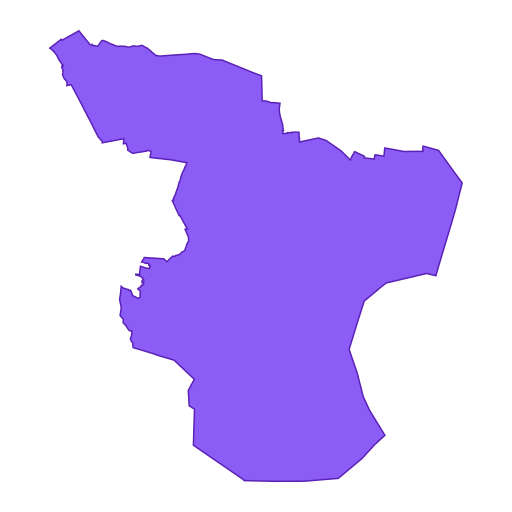 Raalte, Overijssel, Netherlands (orthographic projection)
{"feature_id": "6326949B71702819587140", "entity_name": "Raalte", "entity_type": "district", "adm_level": 2, "iso_a3": "NLD", "parent_name": "Netherlands", "parent_adm1": "Overijssel", "projection": "orthographic", "projection_center": [6.247, 52.387], "detail": "fine", "context": "isolated", "style": "filled", "palette": "violet", "viewbox_px": 512, "rotation_deg": 0, "n_neighbors": 0, "source": "geoboundaries", "source_scale": "gbopen_adm2", "svg_char_len": 5713}
<svg xmlns="http://www.w3.org/2000/svg" viewBox="0 0 512 512"><path d="M78.8,30.7L78.4,31.1L69.2,36.2L62.1,40.2L61.2,39.3L49.8,48.1L51.1,49.0L52.3,50.1L53.6,51.4L55.1,53.1L56.3,54.7L56.9,55.6L57.6,56.9L58.6,59.2L59.2,60.2L61.1,62.7L61.7,63.6L62.0,64.4L62.5,64.9L63.0,65.0L62.9,65.1L62.8,65.7L62.8,66.2L62.0,66.2L62.0,66.4L61.7,66.5L61.7,67.1L61.7,67.4L62.7,69.1L62.9,69.9L62.8,71.3L63.1,72.2L63.1,72.6L63.0,73.0L62.6,73.9L62.5,74.4L62.5,74.6L64.2,78.6L64.7,79.3L65.2,79.7L65.7,80.2L66.2,80.9L66.9,82.2L67.0,82.7L67.1,83.8L67.0,84.6L66.8,85.6L71.2,84.7L78.4,98.2L84.9,110.9L87.7,116.3L89.0,118.6L92.1,124.8L94.3,129.3L98.0,136.5L98.4,137.1L102.2,141.4L102.4,141.8L102.3,142.8L119.6,139.5L123.8,138.8L123.4,143.8L126.2,143.3L126.5,144.6L127.7,147.8L127.8,148.3L127.8,149.1L127.7,150.1L132.5,153.3L132.8,153.3L133.5,153.2L134.7,153.0L135.7,152.8L137.4,152.5L138.2,152.3L139.8,152.2L146.8,151.0L147.3,150.7L147.5,150.4L148.0,150.4L149.3,150.8L150.0,150.8L150.3,151.1L151.1,151.5L150.0,157.4L153.6,157.9L170.9,159.8L186.8,162.7L186.7,163.1L186.1,165.2L185.9,165.7L185.2,166.4L184.8,167.7L184.5,168.3L184.3,168.9L183.5,170.6L183.1,171.2L182.5,172.5L181.7,174.7L181.0,176.8L180.6,178.1L180.5,179.1L179.6,181.8L179.4,181.8L178.9,182.7L178.9,182.9L178.9,183.2L177.7,187.9L177.0,189.6L176.1,192.1L176.1,192.4L175.1,194.9L174.9,195.5L174.6,196.0L174.2,196.7L173.3,198.9L173.7,199.9L173.2,200.4L173.0,200.8L172.0,200.0L174.5,205.4L176.2,209.3L178.3,213.7L179.0,215.3L179.2,215.7L180.1,215.8L187.3,229.0L185.8,229.1L185.1,229.3L186.5,232.6L188.3,236.8L188.4,237.1L188.7,240.9L187.9,242.1L186.7,244.5L186.5,244.9L186.1,247.1L185.6,247.9L185.2,248.8L185.2,249.5L185.1,249.9L184.9,250.2L183.8,251.3L182.9,251.6L181.8,252.2L181.0,253.0L179.7,254.3L179.3,254.6L176.9,255.3L175.8,255.4L175.3,255.8L175.1,256.3L172.5,256.2L171.6,257.1L169.2,259.4L167.8,260.9L167.0,261.7L165.9,260.8L163.8,258.8L144.2,257.5L144.0,258.3L143.6,259.1L142.8,260.0L142.4,260.8L141.7,261.7L141.6,261.9L141.9,262.0L142.0,262.1L142.4,262.1L143.0,262.2L146.0,263.5L147.6,263.2L148.2,263.2L149.0,264.1L148.8,265.2L149.8,265.3L149.7,266.5L150.2,266.9L149.8,267.3L149.5,267.7L149.4,268.1L149.4,268.5L148.1,268.4L146.2,268.1L145.1,267.8L143.3,267.2L142.0,266.7L140.4,266.3L139.5,274.6L138.6,274.4L135.8,274.2L135.7,274.9L137.3,275.3L140.7,276.4L140.9,276.6L141.7,277.5L142.2,277.9L142.7,278.1L142.8,278.2L143.0,278.4L143.7,279.8L142.8,280.0L142.3,280.3L141.9,281.4L142.0,282.0L142.1,282.8L142.5,282.7L143.7,282.2L143.2,284.4L143.2,284.8L143.1,285.0L141.8,285.1L141.0,285.9L141.0,286.8L140.4,287.2L139.6,287.4L137.8,288.8L138.0,289.3L139.1,290.0L140.2,290.6L140.0,297.6L138.1,298.3L132.7,295.6L132.5,295.1L131.0,291.0L130.7,290.4L130.3,290.2L129.1,290.5L128.9,290.4L128.6,289.6L127.8,289.5L126.6,289.1L122.9,287.9L121.2,286.3L120.7,291.5L120.4,294.6L119.6,298.8L119.7,299.7L119.9,301.0L121.2,307.2L121.2,307.7L120.3,314.2L120.1,315.2L120.1,315.7L120.4,316.1L122.7,318.5L123.4,319.4L123.1,322.4L123.1,322.6L123.6,323.1L124.0,323.4L124.4,324.2L125.2,324.7L128.2,329.2L129.4,330.7L129.6,330.8L129.9,330.9L131.8,330.7L131.8,331.8L131.7,334.7L130.6,338.2L130.5,338.5L130.4,338.7L130.4,338.9L131.2,340.9L131.7,341.7L133.0,343.5L132.8,345.2L133.0,347.3L133.0,347.5L132.8,347.6L133.1,347.6L150.1,352.7L153.8,353.9L156.3,354.8L161.3,356.4L167.9,358.3L174.1,360.2L194.3,379.3L190.9,385.6L188.3,390.4L188.8,399.2L189.2,405.9L194.1,408.9L194.5,409.1L194.3,416.0L193.8,430.3L193.6,439.5L193.4,445.2L201.6,450.9L239.9,477.2L243.7,479.8L243.6,480.0L244.3,480.6L274.9,481.3L304.2,481.2L338.2,478.4L361.4,459.0L362.6,457.8L374.7,444.6L384.9,435.3L369.6,410.4L363.2,396.6L357.2,373.0L349.1,349.4L358.0,320.5L364.2,301.1L381.7,286.5L386.1,283.0L426.5,273.5L435.9,275.7L438.5,266.5L443.4,250.1L448.6,232.9L452.1,221.2L455.3,210.1L456.1,207.2L457.8,200.2L458.4,197.8L459.9,192.0L462.2,183.0L452.4,169.6L439.0,151.0L438.6,150.4L423.2,146.1L422.8,147.7L422.7,148.3L422.7,149.2L423.0,151.3L403.9,151.5L392.3,149.3L384.8,148.0L383.9,156.2L375.8,154.8L375.3,154.8L374.9,155.1L374.8,155.3L374.3,158.9L374.0,158.9L374.0,159.0L364.4,157.9L364.5,157.0L364.5,156.7L364.4,156.4L364.1,156.1L354.6,151.6L353.6,153.7L352.8,154.7L350.5,159.3L350.4,159.6L350.6,159.9L350.3,160.1L349.5,159.4L347.8,157.5L341.0,150.8L336.9,148.0L337.0,148.0L326.6,140.8L326.1,140.5L325.7,140.3L319.1,138.2L318.7,137.9L299.5,142.0L299.4,137.4L299.1,137.4L299.1,136.9L299.1,136.7L299.0,132.4L298.8,132.4L298.8,132.2L291.8,132.2L291.8,132.7L287.5,132.7L287.5,133.3L283.0,133.6L282.8,131.8L282.7,131.8L282.7,131.6L282.6,130.6L283.5,130.4L282.7,126.5L282.9,125.8L282.1,122.9L281.6,121.0L280.9,118.8L280.4,116.9L279.8,114.3L279.7,113.3L279.5,112.7L279.5,111.9L279.3,110.5L279.1,110.3L280.0,103.2L277.8,103.1L277.6,102.9L276.2,102.8L275.9,102.9L274.1,102.6L271.4,102.7L270.8,102.6L267.6,101.4L266.6,101.2L265.8,101.0L262.1,100.8L262.2,100.4L262.1,97.5L262.1,97.3L262.0,92.7L261.9,89.0L261.9,88.3L261.8,84.9L261.7,81.4L261.7,81.0L261.5,76.4L261.5,75.7L258.4,74.7L252.9,72.6L223.7,60.7L222.7,60.3L222.7,60.1L221.5,60.0L214.5,59.7L213.8,59.6L209.5,58.0L200.2,54.3L199.4,54.1L195.2,53.5L194.3,53.5L185.4,54.3L168.9,55.4L160.1,56.1L159.4,56.0L156.0,55.5L150.8,51.3L150.9,51.2L148.2,49.0L147.4,48.2L145.9,47.5L145.3,47.2L144.8,46.9L143.1,45.9L142.1,45.4L141.3,45.4L141.0,45.5L140.3,45.8L138.1,46.2L137.0,46.3L136.3,46.3L135.3,46.1L133.1,45.9L132.5,46.0L131.4,46.5L130.3,46.8L128.3,47.2L128.0,47.2L126.7,46.7L124.9,46.4L123.9,46.2L122.8,46.3L122.2,46.3L120.9,46.1L119.3,46.3L118.1,46.3L117.0,46.2L115.6,45.9L113.2,44.7L110.7,43.9L107.4,42.2L104.2,40.8L103.3,40.5L101.8,40.6L97.7,46.3L94.1,45.5L93.8,45.6L92.7,45.4L92.5,45.1L92.5,45.3L90.6,44.8L90.1,44.6L89.8,44.3L78.8,30.7Z" fill="#8b5cf6" stroke="#5b21b6" stroke-width="1.5"/></svg>